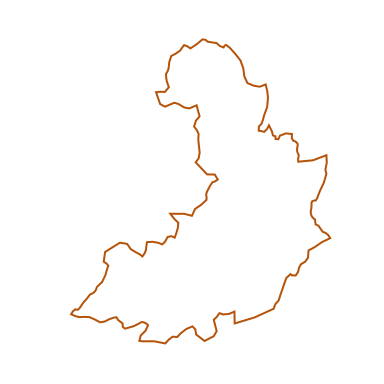 SVG path tracing the border of North Chungcheong, rotated 171°
{"feature_id": "KOR-2494", "entity_name": "North Chungcheong", "entity_type": "Province", "adm_level": 1, "iso_a3": "KOR", "parent_name": "South Korea", "parent_adm1": "", "projection": "mercator", "projection_center": [127.84, 36.597], "detail": "fine", "context": "isolated", "style": "outline", "palette": "amber", "viewbox_px": 384, "rotation_deg": 171, "n_neighbors": 0, "source": "natural_earth", "source_scale": "10m", "svg_char_len": 2833}
<svg xmlns="http://www.w3.org/2000/svg" viewBox="0 0 384 384"><g transform="rotate(171 192 192)"><path d="M107.6,95.5L112.4,92.2L121.6,75.0L122.5,73.0L123.6,71.1L125.1,69.9L126.7,68.8L128.2,66.5L129.6,63.9L149.9,58.3L170.4,55.5L168.8,67.2L174.6,65.8L180.5,66.2L182.2,67.2L183.8,68.0L185.3,66.7L186.6,65.1L190.5,62.4L189.4,50.7L193.1,46.2L202.9,42.9L210.2,50.6L210.2,55.8L212.6,59.2L219.0,57.6L225.4,54.1L229.2,51.1L233.8,52.1L237.6,50.1L242.1,46.6L252.8,50.5L263.8,52.2L267.3,53.2L265.1,58.3L259.5,62.3L256.2,67.4L258.3,69.8L261.1,71.3L262.8,71.3L264.5,70.5L270.4,68.6L279.5,67.5L281.5,69.6L281.1,73.1L284.9,77.0L286.3,80.2L289.8,80.0L294.0,79.2L298.6,77.7L303.2,77.7L307.8,81.2L312.9,84.5L317.9,85.5L322.8,86.0L326.7,87.7L330.5,90.2L328.2,92.9L325.6,94.4L323.3,93.5L321.4,94.7L317.0,99.4L312.1,103.5L308.9,106.6L304.9,107.9L302.5,109.9L300.8,113.0L294.9,117.2L290.6,123.3L288.6,127.8L286.2,132.3L287.5,134.6L290.1,137.0L287.2,146.4L271.1,153.2L264.2,150.9L261.4,145.1L256.8,141.2L253.6,138.9L251.1,136.1L248.6,138.6L246.6,141.8L245.6,145.5L244.3,149.5L238.7,149.0L232.8,146.9L229.7,144.9L226.4,147.1L223.2,151.3L219.4,151.7L216.3,149.6L214.0,153.6L211.6,158.8L210.3,163.7L213.9,168.5L216.8,173.9L203.1,171.7L195.8,168.5L191.6,174.8L184.8,178.0L178.9,182.0L178.4,184.9L178.5,187.1L177.4,189.6L173.1,195.4L170.3,198.4L167.4,198.9L164.6,200.3L166.8,205.7L174.3,207.0L183.7,220.7L180.2,224.2L178.3,229.6L177.6,242.7L176.4,248.4L177.6,252.5L179.7,256.3L177.0,261.8L172.7,265.5L173.9,276.9L181.6,275.0L186.3,276.6L191.7,281.1L195.5,282.9L205.3,280.5L209.7,283.8L211.9,296.2L207.8,296.0L203.1,295.1L198.5,299.1L199.6,305.5L199.6,308.8L199.2,312.7L197.3,314.9L195.8,317.6L194.2,323.7L191.2,329.6L186.4,331.2L181.7,333.5L179.2,336.1L176.8,338.3L174.0,336.8L171.1,334.1L164.0,337.3L157.8,341.1L154.8,340.2L153.0,338.0L144.4,335.2L141.5,331.7L138.2,329.8L136.9,331.5L135.4,331.9L133.6,330.2L131.9,328.2L127.5,321.4L123.6,314.4L122.0,306.2L122.2,298.0L120.2,290.9L114.3,287.3L108.6,285.4L102.4,286.7L101.9,279.9L102.2,273.3L104.5,264.1L108.9,256.2L110.6,252.2L112.6,248.6L115.7,246.2L116.5,242.1L114.0,241.3L111.3,240.1L108.1,242.4L105.6,245.8L103.6,239.5L103.2,235.2L100.9,234.0L101.2,231.3L98.5,230.6L96.3,233.9L90.1,235.2L84.2,233.6L85.0,229.4L83.9,226.7L82.2,225.9L80.8,224.4L80.1,222.6L80.6,220.8L81.4,218.5L81.8,216.0L81.6,214.8L81.4,213.5L80.8,212.0L81.2,210.2L82.1,207.9L82.3,205.3L67.6,204.4L53.5,207.3L54.3,199.9L56.8,193.0L56.4,189.0L60.2,180.8L65.5,173.0L69.6,166.0L71.2,164.2L73.0,164.5L74.8,164.0L75.8,162.2L76.0,160.1L76.6,157.5L77.6,154.9L78.0,152.2L77.6,149.5L76.3,147.1L74.8,145.6L75.0,140.7L72.4,138.9L69.1,132.2L66.5,130.7L64.3,128.3L62.7,124.8L71.4,122.2L79.6,118.3L86.0,116.1L87.7,109.0L90.9,105.6L95.8,103.5L98.1,100.5L99.7,96.5L102.7,93.3L106.5,94.1L107.6,95.5Z" fill="none" stroke="#b45309" stroke-width="2"/></g></svg>